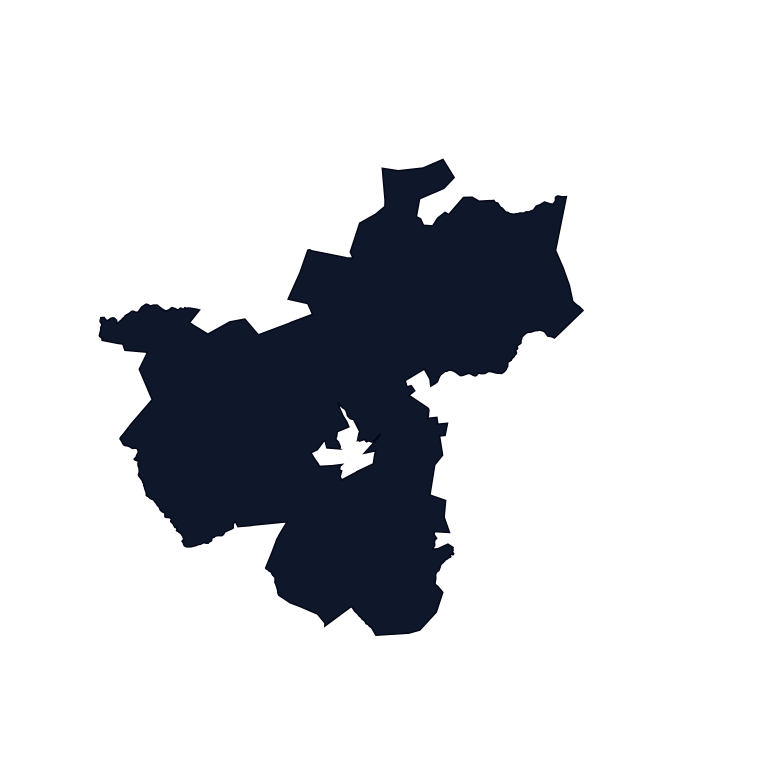 Marondera, Mashonaland East, Zimbabwe, rotated 144°
{"feature_id": "62879985B19621940565976", "entity_name": "Marondera", "entity_type": "district", "adm_level": 2, "iso_a3": "ZWE", "parent_name": "Zimbabwe", "parent_adm1": "Mashonaland East", "projection": "orthographic", "projection_center": [31.543, -18.251], "detail": "fine", "context": "isolated", "style": "filled", "palette": "ink", "viewbox_px": 768, "rotation_deg": 144, "n_neighbors": 0, "source": "geoboundaries", "source_scale": "gbopen_adm2", "svg_char_len": 6172}
<svg xmlns="http://www.w3.org/2000/svg" viewBox="0 0 768 768"><g transform="rotate(144 384 384)"><path d="M258.6,559.5L275.1,532.1L278.9,527.1L291.3,526.3L309.1,528.4L333.7,510.6L335.0,504.2L339.0,506.9L364.4,534.5L365.1,536.2L366.9,537.1L386.3,523.6L411.7,509.0L398.4,493.9L400.9,482.4L423.8,488.7L424.3,488.6L456.8,497.6L458.4,518.3L472.3,524.9L497.2,527.9L502.2,540.2L502.5,540.4L505.2,548.0L489.7,552.3L491.3,554.3L495.5,558.6L497.8,560.7L499.3,561.3L500.1,562.8L501.9,562.4L502.6,562.6L503.5,564.5L504.1,565.1L506.5,564.9L507.5,565.3L508.5,567.6L510.5,570.4L511.0,570.6L514.2,570.4L517.5,571.2L519.3,574.8L521.1,581.2L524.2,583.4L526.8,584.3L527.6,585.3L528.1,586.8L529.6,588.5L534.9,588.7L540.8,586.7L542.7,588.0L543.9,590.0L544.9,590.9L545.7,591.1L548.7,590.9L552.9,591.4L555.0,590.7L556.6,590.7L559.1,590.1L561.0,590.1L562.9,589.6L564.1,589.8L564.1,590.5L562.9,592.7L563.4,595.8L564.5,596.9L566.3,597.7L569.4,597.7L570.5,598.1L571.3,599.2L571.3,602.4L574.1,604.1L576.9,601.6L577.3,597.9L580.3,595.9L580.9,594.7L585.9,590.4L586.1,589.3L585.5,588.2L585.4,586.7L586.4,585.0L574.9,572.7L571.8,569.9L573.8,563.6L556.8,548.8L557.3,548.6L557.1,548.4L573.3,539.8L580.7,507.6L612.3,500.2L623.5,496.9L628.4,495.7L629.8,494.9L629.9,492.0L630.4,488.8L630.2,487.2L629.5,486.2L628.3,485.2L626.5,482.5L625.9,480.8L625.2,479.6L622.1,477.7L621.8,476.2L622.6,473.4L626.0,471.7L627.8,470.4L629.8,470.3L630.3,470.0L630.1,468.7L628.3,466.3L628.3,465.4L630.0,464.2L631.1,462.1L631.7,459.8L633.4,457.2L634.4,456.0L636.0,455.1L636.4,453.7L636.3,447.9L637.0,446.4L637.1,444.5L638.1,443.1L638.2,442.1L639.4,439.2L639.7,437.8L640.7,435.0L641.7,433.8L641.7,433.0L640.9,431.4L640.5,428.8L638.6,425.8L638.5,421.3L638.7,419.5L638.3,416.3L639.0,414.3L639.0,412.7L638.5,410.7L637.5,409.6L637.5,408.1L637.9,407.2L639.2,405.6L639.2,405.2L638.8,404.2L636.6,402.5L635.6,401.1L635.4,400.2L635.6,399.5L637.0,398.6L637.4,398.0L636.9,394.7L637.5,391.2L637.2,390.5L636.5,390.0L636.4,389.4L637.0,388.2L638.0,387.4L637.9,386.7L637.1,385.7L637.0,384.4L636.2,382.5L636.3,379.2L636.7,377.4L637.2,376.4L638.2,375.8L639.8,375.5L639.8,373.0L640.4,371.9L640.6,370.5L639.5,368.3L637.3,366.8L636.4,366.0L631.1,363.8L628.3,363.1L627.0,362.3L623.1,361.5L622.5,361.2L621.6,359.8L619.6,358.5L617.9,359.0L616.9,358.6L615.8,358.6L614.9,359.1L614.6,359.8L613.9,360.4L612.9,360.5L612.1,360.0L609.3,359.9L607.1,358.7L604.8,356.9L603.7,356.5L601.8,356.8L600.3,357.6L599.3,357.8L592.6,356.3L590.8,356.1L590.3,356.5L589.5,357.8L587.7,359.6L585.1,359.9L586.1,354.5L574.4,347.4L574.3,347.6L543.4,329.5L557.6,323.5L560.4,322.0L561.6,321.6L573.6,313.6L587.9,304.7L588.0,304.0L587.1,301.8L587.1,300.9L586.6,299.6L586.0,298.9L586.0,297.1L586.3,296.1L586.4,294.7L585.8,291.4L588.9,287.6L589.2,285.7L590.9,280.7L591.7,278.8L592.5,277.9L593.3,274.9L588.4,261.9L582.9,253.6L573.0,236.9L572.3,225.2L574.2,222.9L541.8,223.2L541.3,222.6L541.0,221.7L541.3,217.5L540.5,214.1L540.4,210.6L539.8,208.5L539.9,206.6L538.9,203.7L539.4,200.6L538.2,198.8L538.2,196.6L537.3,194.1L538.2,185.5L510.3,167.8L499.6,163.9L475.8,168.7L458.9,180.9L459.5,189.0L460.1,190.2L460.0,193.0L459.3,193.3L456.2,196.5L454.7,198.9L453.1,200.4L451.4,200.9L449.0,200.9L443.8,204.6L440.7,204.8L439.7,205.2L438.9,205.1L437.7,205.7L436.4,205.3L433.2,205.4L431.9,204.8L431.4,205.2L431.4,207.0L429.8,206.7L428.6,205.3L428.1,205.3L427.3,205.9L427.2,206.5L427.5,207.1L427.3,208.0L425.6,209.0L425.6,209.8L424.2,211.1L426.4,216.9L437.0,219.0L440.8,221.0L441.2,221.6L440.3,221.9L440.1,222.9L439.5,223.1L438.5,223.1L437.8,223.6L436.6,225.5L436.6,226.0L434.7,227.7L434.1,228.0L432.1,228.2L432.0,232.6L431.8,233.1L430.1,234.5L430.0,235.0L418.3,225.4L413.6,241.0L402.6,253.5L412.1,267.2L390.4,288.8L378.4,292.0L369.6,309.3L364.8,306.5L355.7,314.9L364.1,319.9L360.8,325.9L369.1,330.7L366.9,332.1L363.1,336.4L362.6,337.5L362.8,339.3L370.5,360.1L363.1,360.4L363.0,366.7L367.1,368.2L364.8,374.3L342.8,372.4L342.7,371.5L343.9,361.1L347.4,354.8L342.2,354.3L339.4,354.4L335.3,357.1L333.0,358.1L327.7,358.3L326.8,358.2L325.8,357.4L323.5,357.0L321.8,356.0L320.0,353.4L319.0,351.1L317.7,346.9L317.0,345.6L314.9,344.5L312.0,343.8L309.2,342.8L307.8,341.0L306.8,338.7L305.5,336.9L304.1,336.6L301.1,337.3L299.3,335.2L296.8,333.5L295.9,333.1L292.2,332.8L290.1,331.0L286.4,326.5L282.5,323.3L279.7,323.2L276.1,324.1L275.2,325.0L273.7,325.4L271.2,328.6L269.6,328.7L267.2,328.4L265.1,329.5L263.4,329.5L261.3,330.4L259.4,330.7L258.4,331.4L258.1,332.3L258.3,333.7L255.2,334.0L254.5,335.2L254.3,336.2L252.7,336.6L249.4,336.5L248.7,337.1L247.4,338.9L246.7,339.2L244.5,341.0L239.1,341.6L237.2,341.2L234.9,339.7L229.8,338.0L228.2,336.8L226.6,336.4L223.9,333.0L223.3,330.9L223.4,326.6L220.5,323.6L219.0,321.0L179.7,326.5L180.5,331.5L181.8,335.3L182.7,340.0L176.2,354.5L170.9,372.3L166.7,391.2L126.3,428.4L130.0,430.8L132.5,433.7L133.3,434.2L135.2,434.3L136.1,433.7L136.9,432.3L138.1,431.2L139.5,430.7L141.8,430.3L143.6,432.0L147.2,436.9L152.4,437.3L155.5,438.3L156.9,438.3L158.9,437.5L161.2,436.9L163.4,437.7L165.3,437.8L167.9,439.8L170.3,440.0L173.6,442.5L176.7,443.5L176.8,444.1L178.7,444.7L182.1,447.8L183.0,450.3L184.1,451.0L184.5,451.8L184.9,456.7L185.9,458.9L185.6,463.5L187.3,465.6L187.2,467.9L187.7,468.4L189.0,468.7L189.6,469.5L199.6,476.0L202.9,483.3L210.0,488.2L232.0,483.1L233.7,487.0L243.0,486.7L251.7,483.3L258.8,489.2L257.3,496.2L259.5,500.3L246.3,512.9L220.5,507.1L205.9,509.8L204.3,531.0L225.5,535.8L247.1,548.1L258.6,559.5ZM420.8,343.8L440.6,339.6L430.0,334.8L433.1,332.3L439.6,325.7L457.7,329.1L458.2,328.9L474.8,331.3L473.8,335.0L469.3,338.6L470.6,340.5L468.0,343.2L465.2,343.5L474.4,348.6L484.9,355.5L484.6,355.6L484.2,357.7L484.1,364.9L483.7,369.1L483.8,371.3L476.6,370.0L466.0,373.3L465.3,372.2L467.8,365.9L457.7,357.3L457.8,357.6L456.3,358.8L454.9,363.9L455.5,367.6L452.4,370.1L449.9,372.9L437.6,370.0L436.3,375.5L435.9,382.1L434.0,391.0L433.4,391.6L433.7,391.4L432.5,394.7L431.3,388.9L430.3,386.2L430.9,382.9L430.7,383.1L432.3,379.8L431.6,375.7L429.5,373.0L431.7,359.4L433.1,359.0L438.5,354.0L438.3,354.0L437.3,352.1L432.3,350.6L432.4,348.5L432.0,347.4L430.3,347.4L427.5,343.7L424.6,343.9L417.0,345.9L417.0,345.2L420.8,343.8Z" fill="#0f172a" stroke="#020617" stroke-width="1.5"/></g></svg>